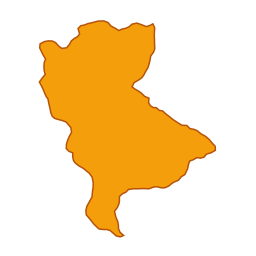 the district of Angelândia, Minas Gerais, Brazil, rotated 177°
{"feature_id": "56859067B14404112406063", "entity_name": "Angelândia", "entity_type": "district", "adm_level": 2, "iso_a3": "BRA", "parent_name": "Brazil", "parent_adm1": "Minas Gerais", "projection": "orthographic", "projection_center": [-42.284, -17.692], "detail": "fine", "context": "isolated", "style": "filled", "palette": "amber", "viewbox_px": 256, "rotation_deg": 177, "n_neighbors": 0, "source": "geoboundaries", "source_scale": "gbopen_adm2", "svg_char_len": 2141}
<svg xmlns="http://www.w3.org/2000/svg" viewBox="0 0 256 256"><g transform="rotate(177 128 128)"><path d="M157.9,235.1L162.8,234.3L165.9,233.2L169.8,232.6L172.7,230.0L171.4,224.4L173.7,221.8L177.0,220.2L180.0,218.0L182.2,214.4L185.2,211.3L190.0,211.0L193.0,213.5L195.9,217.1L199.0,218.8L203.1,219.2L207.2,218.6L211.4,216.6L212.0,212.6L210.7,209.5L209.1,205.7L206.7,201.1L208.2,197.9L208.7,194.3L208.7,189.8L207.9,185.8L211.0,182.4L214.1,178.5L212.2,174.6L210.7,170.9L209.4,167.3L208.2,164.0L206.4,161.1L205.8,156.5L204.9,151.8L204.3,147.4L203.1,143.8L200.9,141.5L197.1,140.1L193.3,138.9L189.5,137.2L187.3,134.4L185.0,131.3L184.6,126.7L187.3,122.3L189.0,118.6L190.3,115.2L190.7,110.6L188.0,107.7L184.5,106.1L184.7,102.1L184.2,98.5L182.5,95.8L179.2,92.9L174.4,89.8L172.0,87.5L169.3,85.2L166.4,80.8L165.6,75.3L166.0,70.4L166.8,66.4L167.6,61.0L170.9,55.6L173.2,51.9L174.4,47.8L174.2,43.5L172.2,40.8L169.7,37.5L167.1,33.8L164.8,31.3L162.3,28.7L157.6,27.9L154.3,27.7L151.3,26.6L148.4,23.9L145.5,20.9L141.5,19.7L138.0,20.9L141.4,24.3L142.7,27.7L142.7,31.4L143.1,35.0L144.8,39.7L145.8,45.5L142.7,49.3L141.0,52.8L140.3,56.0L140.2,60.0L136.9,62.7L133.5,64.0L130.7,66.6L125.9,67.0L120.3,66.8L115.3,66.7L110.3,66.2L105.8,67.6L102.2,67.9L98.3,66.6L94.4,66.4L90.3,67.9L87.7,69.9L85.1,71.5L80.3,73.2L77.4,76.5L73.6,78.6L70.6,84.2L69.4,88.9L68.1,91.8L64.8,92.8L60.5,94.8L57.0,94.1L53.5,95.0L51.0,97.8L46.0,99.0L41.9,101.2L41.9,105.1L44.7,108.5L47.6,112.4L51.1,115.7L55.3,118.3L59.2,121.8L62.1,123.2L66.1,124.1L69.2,127.5L74.0,127.9L78.6,131.1L82.8,134.2L85.6,136.8L89.6,140.2L92.4,143.2L95.9,144.0L98.5,146.7L101.9,147.2L104.5,149.1L106.1,152.2L105.5,156.7L109.7,158.7L112.7,162.0L115.3,164.1L118.9,166.4L121.8,168.9L119.5,173.0L115.0,175.3L111.9,177.2L109.7,179.7L107.7,183.1L105.0,187.1L103.5,191.1L102.5,194.5L101.5,198.8L98.6,202.3L97.1,205.7L97.1,210.6L96.9,215.3L96.9,219.0L96.6,222.5L96.1,226.7L97.7,230.7L100.9,229.2L104.5,228.3L108.9,230.4L113.6,232.3L118.5,231.5L121.5,229.1L125.0,227.7L129.0,227.1L132.1,225.8L135.4,228.2L139.6,230.7L142.5,234.4L146.5,236.2L152.6,236.3L157.9,235.1Z" fill="#f59e0b" stroke="#b45309" stroke-width="1.5"/></g></svg>